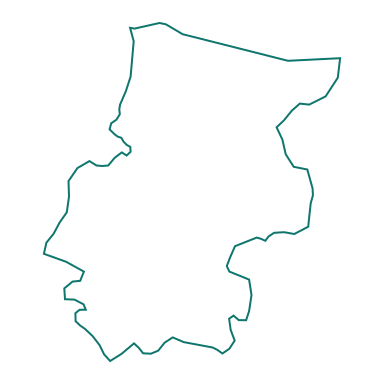 map outline of Vratsa (Mercator projection)
{"feature_id": "BGR-2251", "entity_name": "Vratsa", "entity_type": "Province", "adm_level": 1, "iso_a3": "BGR", "parent_name": "Bulgaria", "parent_adm1": "", "projection": "mercator", "projection_center": [23.765, 43.427], "detail": "fine", "context": "isolated", "style": "outline", "palette": "teal", "viewbox_px": 384, "rotation_deg": 0, "n_neighbors": 0, "source": "natural_earth", "source_scale": "10m", "svg_char_len": 1359}
<svg xmlns="http://www.w3.org/2000/svg" viewBox="0 0 384 384"><path d="M130.1,27.8L134.6,28.6L159.4,23.0L165.9,24.3L182.6,34.2L285.2,60.1L288.0,60.8L340.1,58.2L337.8,77.7L325.6,96.4L309.2,104.6L299.8,103.6L291.8,110.7L283.9,120.4L276.6,127.3L282.4,139.6L285.7,154.2L293.7,166.8L307.3,169.5L312.6,188.5L312.9,195.4L310.7,203.3L308.2,226.7L294.3,234.0L284.1,232.2L274.1,232.8L268.5,236.5L265.3,240.8L261.0,238.8L256.7,237.6L235.0,246.2L229.8,258.1L226.8,266.1L229.4,271.6L249.1,279.6L251.5,295.0L249.1,311.1L246.1,320.2L238.7,320.1L233.6,315.6L229.1,318.7L230.7,330.0L234.7,340.6L229.3,348.8L222.4,353.5L217.4,349.9L212.6,347.5L183.7,342.1L172.7,337.4L164.6,342.7L158.2,350.7L150.9,353.7L143.1,353.3L138.7,347.7L134.0,343.4L121.5,353.9L110.1,361.0L104.0,354.2L99.6,345.2L92.8,336.3L85.0,328.9L80.1,325.5L75.6,321.2L75.4,313.2L79.6,309.8L85.8,309.7L83.5,304.3L74.5,299.6L65.0,299.2L64.3,288.4L72.5,281.6L80.2,280.8L83.9,271.6L65.9,261.7L43.9,253.8L46.4,242.7L53.7,233.6L59.7,222.4L66.8,212.3L69.0,196.6L68.5,181.1L77.4,168.1L89.4,161.1L96.5,165.5L102.3,166.0L108.2,165.5L114.7,157.8L121.8,152.4L126.6,155.5L130.6,151.8L130.3,146.9L126.7,144.9L123.6,141.7L121.3,137.8L117.7,136.6L114.6,134.3L109.6,129.4L111.2,123.3L116.4,119.7L119.8,114.3L119.3,109.3L120.1,104.5L125.9,91.1L130.6,76.6L133.7,41.3L130.1,27.8Z" fill="none" stroke="#0f766e" stroke-width="2"/></svg>